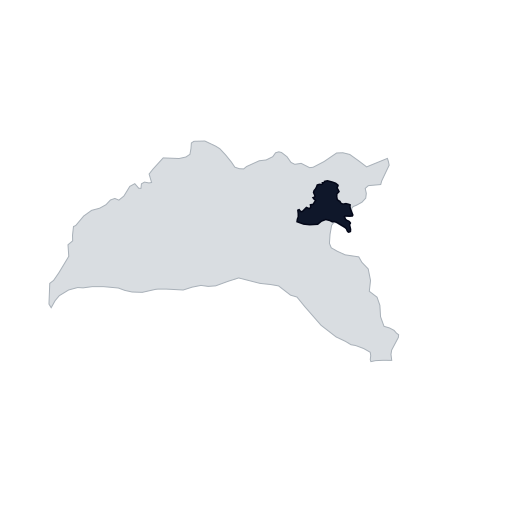 Causeni on a map of Moldova (Equal Earth projection), rotated 302°
{"feature_id": "MDA-1649", "entity_name": "Causeni", "entity_type": "District", "adm_level": 1, "iso_a3": "MDA", "parent_name": "Moldova", "parent_adm1": "", "projection": "equal_earth", "projection_center": [29.315, 46.605], "detail": "fine", "context": "in_parent", "style": "filled", "palette": "ink", "viewbox_px": 512, "rotation_deg": 302, "n_neighbors": 0, "source": "natural_earth", "source_scale": "10m", "svg_char_len": 3028}
<svg xmlns="http://www.w3.org/2000/svg" viewBox="0 0 512 512"><g transform="rotate(302 256 256)"><path d="M103.6,109.7L105.5,105.9L123.5,95.6L128.1,97.3L137.4,97.7L156.5,97.4L165.9,90.6L171.7,92.5L176.4,89.4L184.3,85.6L185.4,86.4L186.4,87.0L198.6,88.7L207.6,92.4L213.7,98.1L220.0,101.6L226.4,102.9L230.0,105.8L230.7,110.1L236.8,112.2L248.2,112.1L253.1,114.9L251.3,120.7L252.4,122.6L256.5,120.6L259.6,122.3L261.2,126.5L263.0,128.5L268.9,121.9L275.1,122.6L290.0,125.3L297.9,139.1L302.8,144.1L307.2,146.1L312.7,143.9L317.6,141.3L320.4,142.6L326.4,151.7L327.8,163.7L327.8,168.5L325.6,176.7L322.6,185.4L320.1,191.0L321.2,195.6L323.3,199.4L326.9,200.6L338.5,208.3L342.8,213.7L349.1,217.6L353.9,217.9L356.4,220.1L357.3,222.8L356.6,229.7L353.9,236.1L354.3,240.3L358.5,245.2L359.0,250.9L359.3,254.6L361.5,257.4L372.2,263.7L386.1,269.8L389.6,275.0L391.8,281.7L391.1,292.8L390.2,302.6L408.4,315.7L406.4,318.1L403.6,320.8L386.3,322.8L382.7,323.9L375.2,314.0L371.2,312.8L367.5,316.4L363.2,318.4L357.9,317.4L352.3,314.3L349.4,312.2L347.2,311.9L343.7,314.1L339.0,313.2L335.9,310.7L331.5,319.1L328.8,320.9L327.1,320.6L326.8,306.4L325.5,304.2L322.0,303.9L313.6,307.3L305.6,311.6L302.8,315.5L303.1,322.5L304.2,330.9L309.7,343.6L306.7,349.2L304.5,358.0L295.9,366.1L286.1,370.8L285.2,380.5L279.8,387.2L270.5,393.8L264.2,401.8L265.7,407.3L266.1,412.4L265.0,416.0L264.8,418.7L262.3,419.9L248.1,420.9L244.1,422.6L239.4,426.4L235.0,419.2L230.6,412.8L227.3,409.4L228.7,407.8L232.3,406.1L234.9,403.9L234.6,396.4L232.8,387.7L231.1,383.6L231.0,377.0L229.8,366.8L231.7,347.9L238.9,324.2L242.9,312.5L241.1,306.0L242.6,291.0L239.6,283.6L234.9,273.9L228.2,252.9L219.7,245.7L209.3,237.6L204.9,231.6L201.9,224.9L195.7,218.3L188.6,212.3L180.2,197.1L175.9,190.3L174.5,188.5L164.9,178.8L159.8,170.0L157.3,162.9L155.9,156.2L149.3,143.1L143.2,133.3L137.4,126.3L134.7,121.4L127.9,115.1L118.1,110.2L111.8,109.3L103.6,109.7Z" fill="#d9dde1" stroke="#a8b0b8" stroke-width="1"/><path d="M326.8,323.1L325.3,322.0L325.3,320.8L325.9,319.7L326.7,318.7L327.2,317.6L327.4,316.2L327.3,306.7L326.8,304.2L325.4,302.6L325.2,299.7L323.9,295.8L320.2,293.0L315.6,291.5L311.0,285.0L308.3,279.5L306.8,272.6L309.1,271.6L311.6,271.1L314.4,269.3L317.0,267.2L318.2,268.0L317.6,269.6L317.4,270.7L318.5,271.8L323.9,273.0L324.4,276.0L326.2,276.7L328.3,275.0L330.1,277.1L332.5,277.0L334.7,277.2L335.1,274.7L335.7,273.4L336.8,274.3L338.0,274.5L340.4,271.1L342.3,270.6L344.2,270.9L346.4,270.8L348.7,270.3L350.3,271.7L351.5,273.9L352.6,274.2L353.3,273.5L354.0,274.5L355.7,275.0L355.8,274.8L356.7,275.7L357.7,276.8L359.2,281.7L359.9,285.0L359.5,288.1L358.2,288.5L356.7,288.6L355.8,290.4L354.6,292.3L353.1,292.0L351.6,291.6L349.1,293.0L346.9,295.0L346.7,296.6L346.8,298.2L345.7,300.2L346.1,302.3L348.1,304.5L349.0,307.3L349.3,308.7L347.5,309.6L345.9,311.2L342.1,316.4L341.0,316.5L339.4,314.4L337.3,310.5L336.1,310.1L334.6,312.4L334.3,313.8L334.7,316.1L334.6,317.1L334.0,318.6L333.6,318.7L333.0,318.6L331.9,318.9L328.7,322.1L326.8,323.1Z" fill="#0f172a" stroke="#020617" stroke-width="1.5"/></g></svg>